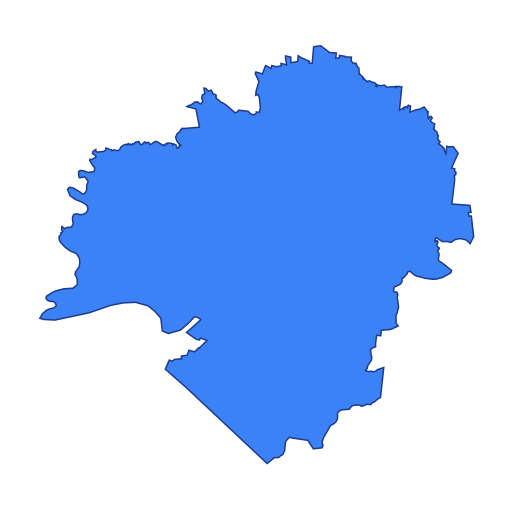 Gutiérrez Zamora, Veracruz, Mexico (Mercator projection), rotated 178°
{"feature_id": "50627088B23583227090437", "entity_name": "Gutiérrez Zamora", "entity_type": "district", "adm_level": 2, "iso_a3": "MEX", "parent_name": "Mexico", "parent_adm1": "Veracruz", "projection": "mercator", "projection_center": [-97.115, 20.451], "detail": "fine", "context": "isolated", "style": "filled", "palette": "blue", "viewbox_px": 512, "rotation_deg": 178, "n_neighbors": 0, "source": "geoboundaries", "source_scale": "gbopen_adm2", "svg_char_len": 6049}
<svg xmlns="http://www.w3.org/2000/svg" viewBox="0 0 512 512"><g transform="rotate(178 256 256)"><path d="M160.0,452.4L165.6,453.6L165.9,451.1L169.4,450.8L168.7,456.1L175.4,456.8L183.8,463.8L188.1,463.5L191.1,463.0L193.1,446.6L196.1,446.9L195.8,448.8L198.8,450.0L201.8,451.8L202.6,451.8L206.9,454.7L207.5,448.9L214.5,448.0L214.3,453.6L219.5,454.9L219.6,453.0L218.7,446.0L224.3,447.6L224.2,445.1L229.0,444.5L233.6,445.7L234.4,443.0L239.8,446.0L243.2,437.8L249.7,439.9L250.4,438.4L247.0,430.2L250.1,420.9L250.7,416.6L248.6,417.3L247.2,414.8L246.4,403.3L246.8,402.9L247.6,399.5L250.6,399.9L250.5,399.4L251.2,398.4L253.3,397.1L256.5,398.3L258.9,401.0L268.6,402.3L268.9,400.9L271.8,399.8L280.6,407.9L284.0,410.3L285.4,410.6L287.2,412.7L290.1,414.7L290.4,415.4L290.1,415.8L290.6,416.3L290.1,417.7L291.0,418.8L293.6,419.7L293.9,421.4L295.2,423.4L297.9,422.4L300.2,425.2L302.1,425.6L302.0,422.9L301.1,420.2L304.0,418.9L304.8,415.9L303.8,412.6L304.3,411.5L304.9,411.3L305.3,410.0L306.2,409.9L308.2,411.2L308.4,411.8L309.7,412.3L310.1,411.8L312.0,412.0L313.2,410.5L313.7,410.6L316.1,409.1L318.1,408.7L319.8,407.7L310.9,405.1L308.0,386.7L324.4,385.9L325.1,386.3L326.6,385.2L327.9,383.0L330.5,381.0L332.1,377.7L331.7,375.6L330.4,372.4L326.4,368.7L328.2,370.0L328.8,369.9L329.0,368.5L328.7,367.5L329.7,367.0L331.2,366.6L332.0,369.6L334.5,371.0L335.5,369.9L335.8,371.1L336.7,371.6L340.7,372.0L341.0,371.1L342.1,371.4L343.6,369.6L344.4,370.3L345.7,369.7L346.2,370.6L350.3,373.4L352.3,374.1L353.9,373.4L356.4,371.5L358.4,371.3L358.5,372.3L359.7,373.4L362.1,372.4L362.4,373.6L363.4,373.9L365.2,372.2L365.5,371.4L367.7,371.6L368.9,374.4L372.4,374.0L373.3,373.2L373.6,372.2L375.3,372.5L376.3,371.5L378.0,372.3L378.6,371.5L379.8,372.9L381.1,371.5L382.2,372.2L383.6,371.8L385.1,371.2L387.5,369.3L388.6,366.8L390.3,366.3L392.3,366.3L394.0,367.1L396.2,366.1L396.6,367.1L398.4,367.5L400.2,368.5L402.2,369.1L402.5,367.3L404.0,365.9L410.7,365.4L412.0,365.8L412.5,367.2L412.4,368.0L413.8,367.3L415.6,365.7L415.8,364.1L412.8,361.9L412.5,360.3L416.6,358.3L418.7,358.3L418.8,357.1L415.6,351.5L414.2,350.1L414.5,347.1L415.3,345.9L421.1,345.4L425.4,347.2L428.6,347.6L430.2,346.8L430.5,345.7L430.2,341.1L429.4,340.3L424.6,341.0L423.5,340.1L421.1,336.4L422.9,332.0L422.8,328.5L423.9,326.0L425.3,324.5L426.7,324.0L428.5,324.8L428.7,325.4L436.0,330.2L437.7,330.7L440.0,331.2L442.1,329.1L439.7,322.7L434.6,318.8L428.0,315.9L424.3,313.5L423.1,312.0L422.5,310.4L422.4,307.8L424.4,305.0L427.6,303.6L429.4,303.4L434.3,304.4L436.7,303.8L437.9,301.5L438.1,299.0L437.6,294.2L439.6,291.3L444.4,291.1L446.2,289.9L448.8,292.3L449.3,291.0L449.1,288.2L448.3,287.5L449.6,285.9L450.2,285.8L449.9,285.3L451.5,282.8L452.0,282.7L452.3,280.2L451.7,277.9L450.8,276.4L446.5,271.5L444.4,269.7L441.0,267.3L435.3,264.6L432.5,259.7L432.4,255.2L433.1,251.4L437.0,246.2L437.5,243.9L436.1,241.3L435.4,237.7L435.7,233.5L440.0,230.2L449.4,229.9L457.5,228.1L461.6,226.2L466.8,223.1L467.4,221.0L466.2,219.2L463.9,218.0L460.1,217.5L458.0,215.7L457.3,213.2L460.2,211.0L462.7,210.7L466.7,209.5L471.5,205.8L474.2,201.2L470.4,200.0L459.2,199.0L424.6,205.1L402.8,211.8L390.0,213.8L378.0,213.9L365.6,210.0L358.9,204.1L353.3,197.1L352.2,184.4L346.3,181.6L334.3,184.5L326.6,190.5L319.7,197.3L317.7,197.1L315.7,196.1L313.4,194.5L314.0,193.7L328.1,182.0L318.6,174.8L315.3,174.0L314.9,175.5L314.3,175.8L307.9,173.4L316.0,165.8L316.6,166.2L320.6,162.4L326.3,164.1L328.3,159.3L334.2,158.5L333.9,155.9L340.8,155.5L343.9,153.8L346.3,155.0L350.6,146.1L330.3,126.9L252.1,48.2L244.8,53.8L240.3,53.8L238.6,55.3L236.1,56.7L234.4,60.0L234.0,61.7L232.9,69.7L228.9,73.7L226.6,72.9L210.7,70.0L205.4,61.3L196.7,62.0L196.0,63.2L195.7,65.0L196.6,67.4L194.8,72.2L187.4,84.0L183.8,85.8L181.9,87.5L180.6,89.4L180.0,93.0L180.1,96.0L178.2,98.2L175.9,99.2L169.6,99.6L168.3,99.4L165.7,102.5L163.7,103.4L158.0,103.5L155.9,102.2L155.0,102.2L150.2,104.0L146.6,103.4L145.3,104.9L142.1,106.5L139.3,108.8L136.5,110.3L132.2,140.1L138.5,138.2L140.4,136.8L142.9,136.0L144.4,136.8L148.0,136.7L150.5,137.7L148.8,139.9L148.2,142.4L144.3,147.9L143.8,150.8L144.4,152.9L144.8,158.7L142.1,160.3L139.6,161.1L139.6,164.1L138.2,172.5L134.1,172.0L133.3,177.4L125.3,177.8L122.4,178.5L116.4,181.1L118.3,183.8L118.3,187.4L118.2,191.7L117.2,193.5L115.3,199.8L115.9,206.5L116.5,209.5L115.6,212.5L116.3,214.9L118.6,215.2L119.7,216.2L119.2,219.7L118.3,220.6L116.7,220.9L112.7,222.9L110.9,225.2L110.9,228.6L109.5,229.0L108.5,229.9L105.6,232.9L104.9,234.8L103.4,235.2L102.5,235.2L98.2,231.3L95.5,230.1L90.7,228.9L88.3,227.9L79.6,226.5L76.1,226.7L69.9,228.2L62.0,232.3L61.0,234.7L69.8,242.3L72.8,244.3L73.6,245.3L73.9,246.6L73.0,250.6L73.2,252.4L74.5,255.0L72.5,256.9L72.5,257.5L75.2,259.9L73.7,263.4L73.8,264.3L74.8,265.1L75.5,264.8L75.9,264.0L76.7,264.1L76.5,265.9L75.3,268.2L69.3,263.9L64.8,263.8L60.7,262.8L56.6,265.4L52.4,266.2L49.8,265.9L45.7,264.8L43.2,262.7L41.6,260.8L37.8,267.7L39.4,288.4L41.8,288.4L42.2,292.1L39.6,292.1L40.5,299.2L58.5,301.1L54.8,324.9L54.9,329.6L53.7,330.2L53.7,330.8L53.3,331.1L53.2,332.5L54.5,333.9L54.3,336.1L57.5,337.2L50.4,351.6L55.0,358.3L60.1,358.5L61.5,359.1L62.7,351.6L64.0,354.5L64.2,356.9L66.6,359.5L69.7,361.8L68.1,363.4L68.4,364.5L69.6,365.4L70.5,367.4L69.7,368.5L69.7,370.2L70.3,370.7L71.0,374.0L72.7,374.9L73.2,376.4L74.1,376.8L73.2,379.2L72.8,381.8L75.6,383.4L76.9,384.7L76.1,386.5L75.0,387.7L76.2,389.4L77.3,389.3L78.7,387.3L79.3,388.5L79.1,392.5L79.8,393.7L79.1,394.0L78.4,393.6L79.0,394.3L79.7,394.6L82.8,399.1L86.9,397.1L91.0,396.5L97.2,394.4L96.3,400.5L98.6,401.4L99.7,399.2L100.3,400.0L103.3,399.3L103.2,397.8L104.0,398.4L107.5,396.8L104.4,419.9L105.1,419.6L106.8,420.5L109.8,420.5L109.8,419.3L110.8,419.5L110.9,420.5L118.7,420.1L119.6,420.4L121.7,422.3L125.7,421.8L128.9,422.8L129.3,420.9L130.3,421.6L130.1,423.9L132.0,425.3L134.4,425.8L136.5,427.1L139.2,426.4L139.1,426.9L141.0,428.1L141.2,429.1L142.9,429.0L142.5,430.6L145.8,434.1L146.5,434.1L146.6,440.3L148.0,441.6L149.4,445.2L150.3,444.7L150.8,445.3L152.5,445.4L154.1,448.1L153.7,451.4L160.1,451.9L160.0,452.4Z" fill="#3b82f6" stroke="#1e3a8a" stroke-width="1.5"/></g></svg>